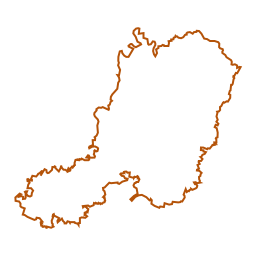 outline of Jhenaidah, Khulna, Bangladesh
{"feature_id": "16705992B77509092527129", "entity_name": "Jhenaidah", "entity_type": "district", "adm_level": 2, "iso_a3": "BGD", "parent_name": "Bangladesh", "parent_adm1": "Khulna", "projection": "albers", "projection_center": [89.072, 23.495], "detail": "fine", "context": "isolated", "style": "outline", "palette": "amber", "viewbox_px": 256, "rotation_deg": 0, "n_neighbors": 0, "source": "geoboundaries", "source_scale": "gbopen_adm2", "svg_char_len": 5797}
<svg xmlns="http://www.w3.org/2000/svg" viewBox="0 0 256 256"><path d="M38.1,172.9L38.4,173.9L36.2,176.5L32.4,175.8L31.1,178.7L32.0,179.8L31.9,180.6L30.2,180.4L28.0,179.0L27.3,179.3L27.5,181.1L29.2,181.8L29.6,182.7L28.3,184.5L27.5,188.2L31.1,188.2L33.1,190.6L31.9,192.9L31.5,195.7L30.0,196.5L27.9,195.9L26.1,193.7L27.1,191.3L25.7,191.4L24.9,191.9L25.6,193.1L25.7,197.3L25.2,198.7L23.0,199.0L23.2,196.9L21.4,196.1L18.7,196.8L19.1,195.1L20.9,194.2L19.7,193.6L15.4,197.5L15.6,200.9L19.1,201.5L20.5,203.5L20.4,206.2L21.4,207.2L24.7,208.4L22.8,214.6L24.7,215.0L27.5,216.9L34.4,219.9L36.1,219.3L36.6,217.7L39.6,218.2L42.4,221.7L41.2,222.0L41.9,223.3L40.8,223.2L41.2,225.6L42.2,225.7L42.6,226.8L43.8,226.8L44.2,226.2L45.6,226.5L46.3,227.8L46.7,227.8L46.9,226.6L51.1,227.7L53.5,226.6L52.5,225.4L52.8,224.1L51.9,223.0L51.7,220.7L53.2,217.0L52.6,216.6L53.0,214.6L53.8,214.1L54.2,215.6L59.1,218.1L57.4,220.9L57.7,222.3L61.9,218.6L63.0,221.0L64.5,222.4L64.6,223.4L66.3,223.4L67.5,221.3L69.3,221.8L70.0,222.9L70.3,222.1L74.5,222.1L74.7,222.8L77.8,223.8L78.5,224.9L78.5,223.1L79.9,223.0L79.9,218.1L81.7,217.4L85.3,217.8L87.1,216.3L85.2,214.6L84.6,214.9L84.7,212.7L85.4,212.4L85.7,213.3L86.8,211.6L87.6,212.2L88.3,209.1L86.9,208.1L86.5,206.9L85.6,207.6L86.0,207.1L84.0,206.3L83.1,207.3L82.8,206.1L88.1,205.5L89.9,206.7L93.6,205.2L94.0,203.0L95.7,203.6L95.9,202.9L97.6,203.7L98.2,203.1L98.4,203.7L99.4,203.2L100.4,204.0L100.8,203.3L102.0,203.8L103.4,202.4L104.5,202.3L105.2,200.7L104.7,200.1L105.0,199.1L104.1,198.1L104.5,197.4L103.2,197.0L105.3,194.6L104.5,191.2L103.3,190.1L103.0,187.9L104.6,187.5L109.3,182.7L111.1,183.2L117.6,182.5L117.7,183.3L119.2,183.9L122.4,181.6L127.2,180.2L127.6,178.8L124.9,178.2L123.9,176.2L121.7,175.8L120.3,174.1L121.0,173.4L123.0,173.5L123.6,172.5L124.2,172.8L124.0,171.9L125.0,171.6L126.5,171.6L127.4,172.7L129.8,172.5L129.3,176.7L133.1,177.7L133.8,177.2L133.9,177.9L134.6,176.8L135.9,177.1L137.5,176.1L138.2,176.9L137.8,178.4L138.9,178.4L139.4,179.3L138.2,182.0L136.3,182.0L135.7,183.0L134.6,183.1L133.5,185.3L134.1,186.9L136.6,188.4L137.6,193.8L134.0,195.9L130.4,199.3L131.8,200.8L135.3,196.9L138.8,195.3L141.9,194.9L146.4,197.2L149.6,200.4L150.6,200.1L150.8,199.1L151.8,200.2L151.4,203.7L154.6,205.9L159.3,207.8L160.2,206.5L163.9,207.0L164.6,203.2L169.1,204.6L172.0,204.1L172.7,201.8L178.2,202.4L180.3,202.1L181.0,201.3L182.2,201.5L184.7,197.5L184.5,195.7L183.6,194.7L185.7,189.1L186.8,192.0L188.4,190.8L189.0,191.1L189.8,189.8L191.3,189.6L191.2,188.9L192.5,189.8L195.9,188.3L196.8,187.5L197.3,185.7L196.4,184.4L195.0,184.2L194.0,182.4L195.7,182.2L196.8,183.2L200.2,182.6L199.4,182.2L199.9,180.9L199.2,179.4L199.0,176.9L200.4,175.9L200.5,174.4L201.6,172.9L199.3,170.8L196.9,170.5L197.0,169.7L199.0,168.6L197.5,165.0L199.7,163.9L198.6,162.0L198.8,161.0L201.2,160.9L202.5,159.0L200.5,157.0L201.3,156.8L202.4,154.9L204.8,153.8L205.9,152.1L203.5,151.5L203.4,150.3L200.9,150.1L201.0,147.5L203.4,147.6L207.2,149.2L207.9,148.3L209.7,148.6L212.3,145.4L214.0,145.0L213.3,144.6L214.5,144.0L214.4,143.4L215.7,143.7L214.8,142.4L216.4,142.4L216.3,139.1L215.8,138.6L216.2,137.7L217.5,137.3L217.7,132.6L216.7,128.2L214.7,127.1L215.7,124.8L217.6,125.4L218.4,123.8L216.4,121.7L217.7,119.8L216.5,116.5L217.5,112.6L217.1,111.7L218.9,111.4L220.1,110.0L220.0,107.0L221.3,106.1L223.0,102.7L223.6,102.2L224.3,102.7L226.7,101.3L227.9,101.6L230.2,97.9L230.3,94.9L228.9,94.1L229.8,90.9L230.5,90.4L231.1,84.9L231.9,85.0L232.7,83.9L233.6,79.1L234.3,78.2L234.0,76.9L233.3,76.8L233.5,76.0L234.2,76.1L235.9,72.9L237.2,73.2L240.6,67.1L239.4,66.9L237.1,67.9L237.1,65.5L236.5,65.1L234.9,64.3L232.7,64.8L231.5,64.4L231.8,61.8L231.1,60.2L226.5,57.2L225.3,55.0L222.4,53.0L222.3,51.7L223.0,50.4L222.7,49.2L220.1,48.3L219.1,47.1L219.3,43.7L218.3,42.2L214.6,41.0L210.0,41.0L207.1,39.1L204.2,38.6L201.4,33.6L199.0,31.0L196.7,30.8L196.4,31.9L194.0,32.1L192.7,33.7L189.9,32.1L187.4,32.5L186.5,33.4L186.7,34.6L185.0,34.9L183.3,37.2L181.1,38.2L178.5,37.7L176.9,36.3L176.0,36.6L175.5,36.0L175.1,37.2L173.7,37.7L173.4,39.3L171.2,39.5L171.5,40.8L168.6,41.2L169.0,42.9L168.4,46.0L164.2,46.0L164.0,45.3L162.6,44.9L161.4,46.0L158.4,46.3L158.4,48.0L156.1,49.4L157.0,53.1L155.3,56.3L154.0,54.3L153.1,51.0L153.6,48.3L155.3,45.0L155.3,43.3L154.6,41.7L152.8,41.4L150.9,44.2L148.7,44.7L148.1,44.0L147.4,39.1L143.5,37.9L143.5,33.1L138.8,33.8L139.4,28.6L138.1,28.2L136.1,28.6L133.7,30.9L133.3,33.4L135.7,36.8L137.5,41.7L140.6,43.3L141.1,44.4L135.9,47.2L134.0,46.4L131.7,44.0L130.5,44.1L128.5,45.8L128.7,46.6L133.3,48.8L128.5,56.9L126.3,56.9L124.3,55.7L122.4,53.3L121.8,50.9L119.8,51.4L118.4,56.8L118.3,60.9L118.9,62.8L118.1,65.3L120.1,69.9L119.0,75.3L117.5,75.1L119.0,77.4L119.6,80.4L118.2,82.7L117.3,88.8L112.3,94.4L110.9,96.8L110.6,99.6L112.0,100.8L110.5,102.0L109.8,104.6L108.3,105.5L109.0,108.9L108.6,109.8L102.7,107.1L101.2,107.8L98.7,107.5L96.4,109.2L96.6,110.4L94.4,113.0L94.2,114.6L94.9,116.4L97.8,119.5L98.5,121.6L97.3,125.5L97.9,132.7L96.6,135.6L94.6,137.2L95.2,138.2L95.0,140.1L92.7,140.1L93.0,145.0L89.5,146.5L89.0,147.4L89.3,148.3L91.9,146.8L95.0,146.4L97.7,147.8L98.1,148.7L97.5,151.0L96.6,151.4L94.7,150.3L94.2,151.0L94.5,152.0L93.8,154.3L95.0,156.3L94.5,157.6L89.9,157.7L88.9,155.6L88.0,155.3L86.4,157.5L89.0,157.9L89.2,159.6L88.4,160.2L84.6,160.2L81.6,158.6L80.9,159.5L79.8,159.1L79.3,160.2L77.4,160.0L77.5,159.4L75.5,159.9L74.5,163.1L74.9,165.0L73.9,165.4L73.9,166.2L72.5,166.5L73.0,167.1L72.6,167.7L71.7,167.2L70.5,168.1L69.9,169.7L70.6,168.9L70.2,170.6L68.1,171.5L68.9,168.9L68.4,168.3L67.2,171.3L65.5,169.8L63.5,169.7L61.8,167.7L61.1,165.6L60.7,167.9L58.8,171.4L55.4,168.0L55.4,166.8L54.7,166.3L53.8,167.1L52.4,167.0L52.0,169.9L48.9,172.8L47.7,173.1L46.7,172.4L46.4,170.1L44.6,169.2L40.6,175.7L42.5,171.7L42.2,171.2L41.7,171.1L39.3,173.4L38.6,173.6L38.1,172.9Z" fill="none" stroke="#b45309" stroke-width="2"/></svg>